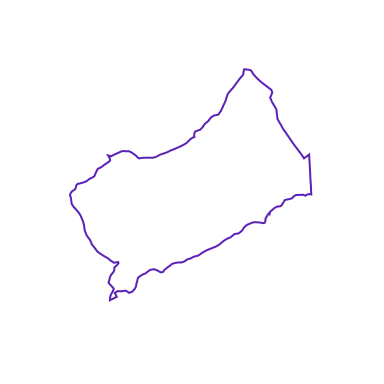 the district of Kitutu Masaba, Nyanza, Kenya, rotated 300°
{"feature_id": "3690345B6563140226542", "entity_name": "Kitutu Masaba", "entity_type": "district", "adm_level": 2, "iso_a3": "KEN", "parent_name": "Kenya", "parent_adm1": "Nyanza", "projection": "mercator", "projection_center": [34.893, -0.689], "detail": "fine", "context": "isolated", "style": "outline", "palette": "violet", "viewbox_px": 384, "rotation_deg": 300, "n_neighbors": 0, "source": "geoboundaries", "source_scale": "gbopen_adm2", "svg_char_len": 3957}
<svg xmlns="http://www.w3.org/2000/svg" viewBox="0 0 384 384"><g transform="rotate(300 192 192)"><path d="M324.5,175.9L323.0,176.2L322.1,176.4L320.0,177.4L318.5,177.6L316.3,177.1L314.7,176.8L312.5,176.5L309.9,176.2L308.1,176.0L306.1,175.8L304.5,175.6L302.6,175.4L300.4,174.9L299.4,174.7L298.0,174.4L295.5,174.0L294.6,174.0L293.3,174.3L290.7,174.7L289.8,175.0L288.5,175.3L286.2,175.6L285.3,175.7L283.8,175.8L280.5,176.2L277.9,176.4L276.6,176.5L275.6,176.4L272.2,176.1L270.0,173.7L269.3,172.9L268.5,172.4L266.7,171.4L265.7,171.1L264.3,170.9L261.5,170.6L260.0,170.0L258.1,169.3L256.5,168.9L253.5,168.8L250.9,168.2L250.0,167.9L249.0,167.1L247.4,165.6L246.5,165.0L245.6,164.4L242.9,165.1L240.7,166.6L239.5,165.4L237.0,164.2L233.8,163.4L231.4,162.6L229.9,161.8L227.7,160.5L225.5,159.0L224.2,158.1L221.9,156.4L220.8,155.6L219.8,154.8L217.3,152.8L215.1,151.4L212.6,149.5L211.7,148.6L210.6,147.7L208.2,145.6L205.6,144.0L204.2,143.1L201.6,140.4L201.1,139.2L199.4,136.2L198.2,134.2L196.7,131.8L194.6,129.3L194.7,127.8L195.4,125.8L195.5,124.7L195.7,123.2L196.0,120.1L195.8,117.1L194.2,114.4L193.1,112.0L192.1,110.7L189.9,109.2L188.7,108.3L187.5,107.4L185.0,105.6L182.6,104.2L181.7,101.1L180.6,103.1L179.0,105.0L178.2,105.4L176.6,104.8L174.8,104.0L171.8,102.5L169.0,101.4L167.6,100.7L166.1,99.6L164.8,98.8L161.0,99.0L159.5,99.2L157.5,99.5L156.6,99.5L153.9,98.0L153.0,97.3L152.2,96.7L150.1,95.9L149.0,95.4L147.8,94.7L146.3,93.4L145.3,92.5L143.4,90.7L142.7,89.9L141.8,88.9L139.7,88.5L138.4,89.0L136.3,89.4L134.9,88.9L133.0,87.9L130.7,87.5L128.6,87.7L127.0,89.4L126.3,90.1L125.5,90.8L123.6,92.1L121.3,94.1L119.7,97.4L119.6,98.3L118.8,100.4L118.4,101.6L118.0,102.9L116.7,105.9L115.1,108.4L114.0,109.8L112.1,112.2L110.5,113.9L108.7,115.6L106.0,117.5L105.0,118.4L104.1,119.5L102.7,121.2L102.1,122.0L101.0,124.2L100.4,125.4L99.8,127.1L99.3,127.9L98.6,128.9L96.3,131.8L95.9,133.1L94.7,136.3L93.6,138.7L93.1,140.0L92.7,143.7L92.6,145.1L92.6,146.5L92.5,149.5L92.6,152.0L92.0,155.4L91.7,159.7L94.4,163.1L93.4,164.0L90.8,163.5L88.0,162.5L85.3,163.9L82.6,163.9L81.5,163.7L80.3,163.4L77.9,163.4L74.7,164.3L71.7,165.1L71.0,166.8L70.4,169.0L69.5,171.8L68.8,172.8L65.8,173.1L63.6,173.1L62.1,173.2L59.6,173.8L57.2,175.0L63.6,179.3L66.0,175.6L67.4,176.3L68.8,176.9L70.8,180.6L73.4,183.9L73.4,185.4L73.2,188.0L76.0,190.2L80.0,190.9L82.0,190.7L83.9,190.1L86.0,189.4L87.4,189.1L90.7,188.1L91.9,188.6L93.1,189.1L95.6,190.3L98.0,192.3L101.0,193.5L102.9,194.4L103.9,195.0L105.4,196.7L106.3,198.3L106.7,201.0L106.7,202.8L106.8,205.1L108.3,206.9L110.7,207.0L112.0,207.6L114.3,208.4L116.9,209.7L119.2,210.5L120.3,211.1L122.7,213.5L124.2,215.5L125.1,217.1L125.6,217.9L126.2,218.6L128.1,220.2L130.9,221.3L132.6,223.0L133.5,223.7L134.4,224.4L137.0,226.0L138.0,227.0L139.2,228.3L139.9,229.0L140.8,229.5L143.4,230.8L146.1,232.1L147.3,232.8L149.0,234.0L150.2,234.9L151.5,235.9L153.8,237.7L155.3,238.9L157.1,240.2L158.5,241.1L161.0,242.3L162.0,242.6L163.2,243.0L165.2,243.8L166.6,244.4L169.0,245.7L171.2,247.5L172.3,248.1L174.6,249.0L176.6,249.7L177.7,250.8L179.2,252.9L182.2,254.2L183.4,254.6L184.5,254.7L187.3,254.8L190.2,255.7L191.6,256.4L193.3,257.8L194.3,258.5L195.1,259.1L196.9,260.8L198.1,263.2L199.5,265.9L200.5,269.1L201.9,270.4L204.3,269.8L205.5,269.0L208.8,269.0L210.9,269.0L211.9,269.3L211.6,270.2L214.0,269.5L216.5,270.5L219.2,271.3L221.1,272.5L222.4,273.5L223.5,275.4L225.4,276.3L227.6,276.3L229.3,276.4L231.3,276.4L232.9,277.9L234.9,280.3L236.9,281.9L239.0,282.2L241.5,283.7L243.2,286.5L245.0,289.3L245.6,292.1L247.7,293.2L249.3,295.4L249.5,296.5L252.8,294.4L258.0,291.1L261.3,288.8L273.5,281.0L278.2,277.8L283.0,274.7L277.1,272.2L278.8,268.9L280.2,265.7L282.3,260.8L284.2,256.2L290.2,243.7L292.2,239.3L294.6,235.4L297.9,229.6L305.8,223.7L310.0,216.2L312.8,212.5L315.7,212.2L318.2,211.8L319.4,210.4L320.1,209.8L320.4,207.7L320.7,205.3L321.2,201.2L321.6,198.2L322.3,194.4L323.3,190.4L324.9,185.8L326.8,182.4L326.2,180.0L324.5,175.9Z" fill="none" stroke="#5b21b6" stroke-width="2"/></g></svg>